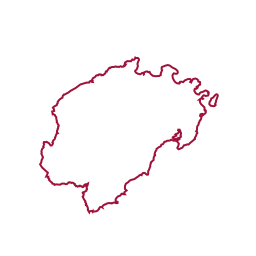 South West Malekula, Malampa, Vanuatu (Robinson projection), rotated 243°
{"feature_id": "77236927B2761964185252", "entity_name": "South West Malekula", "entity_type": "district", "adm_level": 2, "iso_a3": "VUT", "parent_name": "Vanuatu", "parent_adm1": "Malampa", "projection": "robinson", "projection_center": [167.511, -16.429], "detail": "fine", "context": "isolated", "style": "outline", "palette": "rose", "viewbox_px": 256, "rotation_deg": 243, "n_neighbors": 0, "source": "geoboundaries", "source_scale": "gbopen_adm2", "svg_char_len": 5785}
<svg xmlns="http://www.w3.org/2000/svg" viewBox="0 0 256 256"><g transform="rotate(243 128 128)"><path d="M70.5,55.2L71.1,55.8L71.1,56.5L70.4,58.3L69.3,58.5L69.6,58.9L69.2,58.8L69.3,59.3L68.3,61.5L68.2,63.5L68.9,64.8L69.0,65.5L69.4,65.6L70.2,67.0L69.7,68.5L69.1,68.9L69.4,68.9L70.3,70.8L70.4,72.8L70.1,73.4L70.4,74.5L69.7,77.3L68.9,78.1L68.6,79.2L68.1,79.4L68.1,81.3L67.3,82.6L66.5,83.2L65.9,84.6L67.0,85.2L67.7,84.3L68.6,83.9L69.9,84.5L70.8,85.7L71.6,88.0L71.3,90.5L72.3,92.4L72.2,93.0L71.2,93.7L70.4,95.1L71.6,94.9L72.4,95.6L73.0,98.4L74.8,97.7L75.8,97.9L77.8,99.1L79.3,100.8L79.7,103.9L80.2,105.2L80.4,106.8L79.6,110.5L80.3,115.7L80.7,116.7L80.6,118.0L79.8,118.7L80.4,119.2L81.1,121.0L80.4,122.5L77.9,123.5L77.4,124.6L78.0,125.2L80.4,126.4L80.9,127.3L83.7,130.4L85.0,131.1L86.6,132.8L87.0,132.8L87.9,136.3L89.8,137.3L91.4,139.1L91.3,139.7L91.9,140.0L92.3,139.7L93.0,140.1L94.4,141.4L95.4,143.2L96.4,143.9L96.9,146.6L96.8,148.9L98.0,150.1L97.8,152.1L99.2,154.2L98.7,155.4L98.9,157.0L97.8,159.5L98.0,160.9L97.8,161.4L96.0,162.8L95.3,164.4L94.1,165.4L94.2,165.9L94.8,166.3L95.9,166.2L97.7,164.1L99.0,163.4L99.4,163.6L99.5,165.3L99.3,165.6L99.2,167.6L100.1,167.8L100.8,167.4L100.9,168.1L100.5,169.9L101.1,170.9L101.0,171.5L102.5,171.9L103.3,171.6L103.7,172.0L103.1,173.2L101.5,173.2L100.8,172.5L100.0,173.0L99.2,172.9L97.5,171.4L96.7,171.5L96.0,170.8L96.1,170.2L95.8,169.9L96.1,168.8L94.7,168.7L94.7,167.9L95.2,168.4L96.1,167.9L96.3,167.3L95.9,166.8L94.7,166.8L93.6,165.7L91.0,166.2L89.3,164.8L87.9,162.9L86.2,163.3L86.0,164.0L85.8,167.4L87.2,170.2L86.7,171.2L86.6,173.2L85.8,174.5L86.4,176.2L87.5,181.2L88.0,182.1L87.8,182.6L89.0,183.3L90.3,185.3L91.5,186.3L92.0,187.5L93.1,187.7L94.1,187.2L94.6,188.3L97.9,190.3L99.2,192.6L100.6,193.5L100.9,194.3L102.1,195.4L102.3,196.6L103.2,197.5L104.2,198.1L104.6,198.7L106.0,197.7L107.2,198.6L107.3,199.5L106.9,200.5L105.6,200.2L105.4,201.0L105.9,201.4L105.9,203.4L106.6,204.4L108.1,205.2L108.5,205.1L108.3,204.8L108.5,204.4L109.5,204.4L111.7,205.5L115.9,204.0L117.9,203.8L119.5,204.3L120.7,205.3L120.9,204.8L121.2,206.2L120.8,207.4L120.0,207.7L120.0,208.2L121.3,207.7L121.9,207.9L122.8,209.9L122.5,210.8L121.2,211.8L120.6,214.2L121.7,215.3L122.6,215.2L122.5,215.7L122.7,215.9L123.2,216.1L124.3,215.7L126.0,214.5L126.3,213.8L126.2,211.1L126.7,209.1L126.5,207.9L125.6,206.5L126.3,205.4L128.2,204.1L131.0,204.0L132.2,204.8L132.6,205.6L131.9,206.6L132.2,208.1L132.6,208.5L133.6,207.9L133.7,208.1L133.4,209.3L134.0,210.7L133.9,211.8L134.3,212.2L136.3,213.0L137.5,211.7L138.7,212.2L140.3,211.6L141.4,210.6L142.1,208.4L140.8,206.0L139.9,205.0L140.8,204.3L141.7,205.7L143.0,205.8L143.6,205.4L144.1,204.3L144.4,203.5L144.6,200.1L143.8,198.0L144.9,196.9L145.5,195.2L145.1,194.5L144.5,194.5L144.3,193.8L145.7,191.9L147.2,191.0L149.1,190.6L152.2,190.6L154.5,191.4L155.2,192.1L155.9,193.6L154.5,195.3L154.2,196.2L154.3,196.9L154.9,197.6L156.0,198.0L157.5,197.7L159.1,197.0L162.0,194.8L164.6,193.6L166.0,192.1L166.6,189.7L166.9,185.8L166.3,185.2L164.5,184.5L164.1,184.7L161.7,181.9L160.3,181.3L160.2,179.5L161.5,176.2L163.4,173.7L166.2,172.6L168.2,172.7L168.5,171.3L169.6,170.9L170.2,169.4L170.2,167.6L168.1,166.3L167.6,166.6L168.2,166.2L170.2,167.0L170.6,165.5L170.3,163.3L171.9,161.4L173.8,160.2L175.4,160.1L175.8,160.6L176.3,162.4L178.6,164.9L180.8,165.5L182.5,167.1L183.4,168.4L184.4,169.0L186.0,168.5L186.7,166.9L187.4,166.5L186.3,165.2L186.1,164.4L186.3,163.7L187.1,163.0L186.6,162.2L186.5,161.0L186.2,160.8L187.9,157.7L187.7,155.1L186.3,153.9L185.8,154.6L185.7,154.2L185.0,154.0L184.8,152.5L185.1,152.2L184.8,151.8L185.3,150.3L186.4,149.4L186.4,147.9L187.2,146.8L187.3,146.1L188.6,144.7L188.6,143.6L189.8,140.8L189.5,139.4L190.1,138.8L188.3,135.1L187.9,134.8L188.4,133.9L187.0,132.6L186.4,129.6L187.0,129.0L187.1,128.2L187.9,128.2L188.9,126.7L188.5,125.8L188.6,125.0L189.0,124.8L189.2,123.5L188.4,121.7L188.3,119.4L187.1,117.6L186.2,118.0L185.5,117.4L185.0,117.4L185.5,116.7L186.8,116.4L186.9,115.0L186.1,114.2L187.3,111.5L188.4,105.4L187.4,99.4L187.2,93.6L186.7,91.2L186.6,86.4L186.9,86.1L186.3,84.5L184.8,83.4L184.8,82.2L184.4,79.7L183.2,77.2L181.9,76.5L181.5,75.4L180.7,74.9L180.7,71.9L180.2,70.3L178.6,70.6L176.7,70.0L177.1,67.9L174.3,67.1L174.1,67.9L172.6,68.8L171.8,68.6L170.5,69.0L167.5,67.9L166.3,67.8L165.5,67.1L164.2,67.4L163.0,67.1L161.8,67.5L160.7,66.6L160.7,66.2L159.5,65.6L159.2,64.9L158.5,64.7L157.8,63.5L156.5,62.8L155.2,63.1L155.3,61.9L154.5,60.7L152.9,59.3L152.8,58.7L151.9,58.2L151.2,57.3L150.9,55.9L149.4,54.1L148.7,54.4L147.6,53.3L147.1,52.1L147.6,51.1L150.2,50.7L152.6,49.2L152.5,48.7L153.6,46.9L153.4,46.5L152.9,46.0L151.6,45.9L150.0,44.1L149.2,44.2L148.3,42.0L146.6,40.3L145.1,39.9L144.6,39.2L140.4,38.9L138.6,36.5L136.5,34.9L135.6,33.2L131.8,33.5L124.5,36.3L121.9,33.2L121.8,33.7L120.9,34.2L120.7,34.8L119.9,34.2L119.6,34.5L118.2,34.7L117.7,34.0L114.9,34.9L113.9,35.5L112.9,35.3L111.7,36.7L110.7,36.7L110.4,38.4L108.3,41.8L108.5,43.8L107.3,46.1L106.1,47.1L105.8,48.5L106.5,50.2L106.0,50.9L106.1,51.6L104.7,52.7L104.7,53.4L104.2,54.0L102.7,55.0L102.2,55.2L101.9,54.7L99.9,55.2L100.0,55.7L98.6,56.5L98.7,57.7L98.2,58.2L98.5,58.9L98.2,59.3L97.4,59.7L97.0,60.4L96.1,60.5L95.8,61.0L96.2,62.8L95.9,63.7L96.1,64.0L97.0,63.4L97.2,64.4L96.6,65.7L96.7,67.1L95.1,65.8L94.9,64.8L93.0,63.8L92.5,63.9L91.8,63.4L91.7,62.8L91.0,62.4L90.8,60.5L91.1,58.7L90.9,58.2L90.3,58.1L89.5,58.7L88.5,58.2L88.2,57.6L87.4,57.0L87.3,56.4L84.1,56.4L82.0,56.8L81.5,56.2L79.9,56.4L79.1,55.8L78.8,56.1L78.2,55.5L77.3,56.1L75.5,56.0L73.8,55.5L73.3,55.0L70.5,55.2ZM109.4,216.4L110.1,216.7L110.8,217.8L112.1,218.6L116.0,222.7L117.2,222.8L117.9,222.1L117.9,221.2L116.9,218.5L116.4,217.8L116.5,215.6L115.2,214.5L114.2,212.6L112.4,211.3L110.4,211.7L108.6,214.1L108.3,215.3L108.5,215.9L108.7,215.6L109.4,216.4Z" fill="none" stroke="#9f1239" stroke-width="2"/></g></svg>